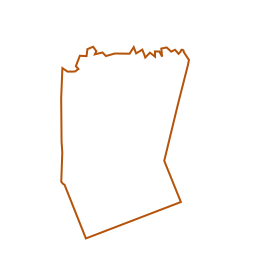 outline of Indiana, Pennsylvania, United States of America, rotated 158°
{"feature_id": "52423323B69347257455112", "entity_name": "Indiana", "entity_type": "district", "adm_level": 2, "iso_a3": "USA", "parent_name": "United States of America", "parent_adm1": "Pennsylvania", "projection": "mercator", "projection_center": [-79.208, 40.641], "detail": "fine", "context": "isolated", "style": "outline", "palette": "amber", "viewbox_px": 256, "rotation_deg": 158, "n_neighbors": 0, "source": "geoboundaries", "source_scale": "gbopen_adm2", "svg_char_len": 747}
<svg xmlns="http://www.w3.org/2000/svg" viewBox="0 0 256 256"><g transform="rotate(158 128 128)"><path d="M166.4,208.1L178.9,180.4L194.8,140.0L198.1,129.9L210.0,103.2L209.3,100.8L208.1,99.1L208.4,41.4L106.7,39.6L106.7,84.0L76.4,126.3L71.2,133.5L48.5,164.4L46.0,168.3L47.9,177.8L47.5,178.9L47.6,179.3L48.1,180.0L49.1,180.5L49.3,180.4L50.7,179.1L53.3,177.8L55.1,182.9L59.3,182.6L62.0,188.2L67.4,189.2L69.6,181.4L70.3,187.2L74.3,188.9L76.2,184.0L79.4,189.6L85.6,186.9L85.4,189.9L85.4,195.3L92.5,194.1L92.4,200.8L98.7,196.3L112.3,202.0L121.5,203.0L123.4,207.6L131.1,208.7L128.6,211.1L129.9,216.4L136.1,216.3L139.5,210.2L145.6,213.0L153.2,204.8L151.9,201.3L156.0,200.2L162.9,202.9L166.4,208.1Z" fill="none" stroke="#b45309" stroke-width="2"/></g></svg>